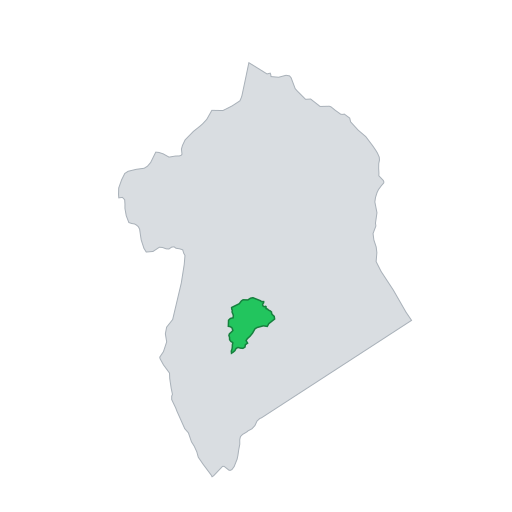 Uganda, with Mubende highlighted, rotated 327°
{"feature_id": "UGA-3093", "entity_name": "Mubende", "entity_type": "District", "adm_level": 1, "iso_a3": "UGA", "parent_name": "Uganda", "parent_adm1": "", "projection": "orthographic", "projection_center": [31.514, 0.518], "detail": "fine", "context": "in_parent", "style": "filled", "palette": "green", "viewbox_px": 512, "rotation_deg": 327, "n_neighbors": 0, "source": "natural_earth", "source_scale": "10m", "svg_char_len": 3311}
<svg xmlns="http://www.w3.org/2000/svg" viewBox="0 0 512 512"><g transform="rotate(327 256 256)"><path d="M351.4,394.7L345.0,394.7L334.6,394.7L324.3,394.7L313.9,394.7L303.5,394.7L293.1,394.7L282.8,394.7L272.4,394.7L262.0,394.7L251.7,394.7L241.3,394.7L230.9,394.7L220.5,394.7L210.1,394.7L199.8,394.7L189.4,394.7L179.0,394.7L172.9,394.7L171.7,394.6L170.8,394.3L166.9,395.0L162.8,397.6L158.5,398.7L153.9,398.3L153.3,398.5L151.0,398.5L147.6,398.3L144.6,399.0L142.3,401.2L139.9,405.0L135.7,409.4L132.3,413.3L129.5,416.1L123.0,420.7L119.5,422.0L117.8,421.8L116.7,421.0L114.7,415.1L113.4,414.2L100.8,417.2L98.9,417.2L99.1,415.4L98.2,401.7L98.0,393.3L99.7,388.0L100.6,381.9L100.7,376.6L103.0,367.5L102.2,362.0L105.2,342.9L105.9,339.7L107.1,330.5L109.0,327.6L110.6,326.5L112.8,320.8L116.9,311.8L119.7,307.1L119.1,296.9L119.6,289.9L120.2,288.4L126.3,285.8L134.3,279.4L137.6,271.9L142.3,267.0L151.5,263.9L178.6,238.0L191.2,224.0L196.7,216.9L196.9,214.3L197.9,210.9L195.8,208.3L193.1,205.9L192.3,203.7L190.0,202.6L186.8,202.7L184.6,201.1L182.2,197.9L179.7,196.0L172.1,196.1L166.1,192.9L166.2,188.5L168.5,179.9L173.0,170.1L173.3,167.3L172.6,165.0L171.6,163.0L169.5,161.1L167.6,158.7L169.1,151.6L172.0,144.7L174.3,141.2L176.5,137.3L175.9,134.1L172.6,132.5L174.3,129.4L177.9,124.2L184.8,118.9L190.9,115.3L194.9,115.3L202.8,118.1L210.0,121.5L213.9,121.6L218.6,120.2L228.5,114.3L230.9,116.2L233.8,119.8L236.9,125.7L243.1,128.4L246.1,130.3L248.2,130.8L249.4,130.3L251.7,125.7L254.6,123.2L259.8,120.0L271.4,117.4L279.7,116.6L283.2,116.1L289.1,114.6L298.3,109.8L307.5,116.0L317.4,117.1L327.0,117.1L329.9,115.2L331.6,113.8L341.7,103.7L355.3,90.0L364.4,109.3L367.5,110.4L367.1,112.1L366.3,113.7L372.3,118.4L379.6,120.8L382.2,123.2L382.5,125.7L380.0,137.0L380.5,140.3L382.9,151.6L387.3,154.1L391.2,165.5L399.0,170.3L400.1,171.7L401.9,177.2L404.3,183.3L406.2,184.7L407.3,185.0L409.7,191.4L408.4,195.0L410.2,206.0L413.1,215.8L413.9,227.5L414.0,232.6L413.9,235.8L413.2,240.2L411.8,242.8L409.3,245.3L406.6,249.3L404.2,253.5L402.7,255.6L403.9,261.9L403.6,263.5L402.9,264.3L399.4,265.3L394.9,267.0L392.1,268.7L388.2,271.9L385.1,275.4L381.0,285.6L374.1,293.5L372.9,296.1L366.4,300.9L363.6,306.7L361.7,313.9L359.2,319.0L353.7,326.1L352.5,337.2L352.6,359.4L351.2,384.8L351.4,394.7Z" fill="#d9dde1" stroke="#a8b0b8" stroke-width="1"/><path d="M203.2,295.4L204.8,293.2L205.4,290.0L206.0,289.2L206.7,288.5L206.7,287.4L207.5,285.9L216.0,286.9L219.3,285.7L221.3,285.7L225.2,288.4L228.4,288.4L230.7,289.3L235.5,296.1L235.6,296.9L236.1,297.5L236.9,297.9L237.6,298.4L236.9,299.4L235.4,299.9L234.6,301.4L235.2,303.0L236.0,303.2L236.7,303.5L236.8,304.1L236.4,304.6L236.0,305.1L235.8,305.7L236.8,306.8L237.0,308.2L238.0,309.7L238.5,311.4L237.9,312.5L237.7,313.8L238.4,316.5L237.3,319.0L229.9,319.7L227.1,321.2L224.2,318.6L220.2,317.3L218.1,316.6L215.5,316.5L211.1,318.8L207.4,320.0L203.8,320.6L201.6,321.5L201.5,324.5L198.8,324.6L197.1,326.4L194.7,326.3L192.8,324.8L191.1,322.9L188.9,322.7L186.7,323.9L184.6,324.2L182.5,324.2L183.5,322.3L185.2,321.0L186.6,319.4L187.9,317.5L188.7,316.8L189.3,316.1L189.0,315.1L188.4,314.1L188.3,311.8L189.5,309.8L190.0,307.9L191.3,306.8L195.4,306.1L196.2,305.7L196.2,304.9L196.6,304.1L196.7,303.2L196.0,301.3L194.5,299.9L198.0,294.9L200.5,294.4L203.2,295.4Z" fill="#22c55e" stroke="#15803d" stroke-width="1.5"/></g></svg>